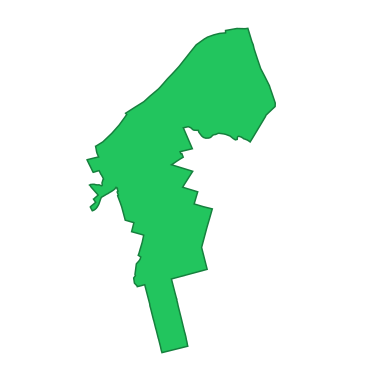 the district of Pietrosani, Teleorman, Romania, rotated 166°
{"feature_id": "2599482B72928006157347", "entity_name": "Pietrosani", "entity_type": "district", "adm_level": 2, "iso_a3": "ROU", "parent_name": "Romania", "parent_adm1": "Teleorman", "projection": "albers", "projection_center": [25.643, 43.732], "detail": "fine", "context": "isolated", "style": "filled", "palette": "green", "viewbox_px": 384, "rotation_deg": 166, "n_neighbors": 0, "source": "geoboundaries", "source_scale": "gbopen_adm2", "svg_char_len": 5075}
<svg xmlns="http://www.w3.org/2000/svg" viewBox="0 0 384 384"><g transform="rotate(166 192 192)"><path d="M97.1,315.7L97.1,316.2L97.0,320.1L97.5,323.5L98.2,337.3L101.0,337.6L108.9,339.8L120.4,340.6L120.9,338.3L123.1,338.6L126.8,339.2L132.8,339.2L139.7,338.5L140.2,338.3L143.0,337.5L152.3,333.8L159.8,328.1L167.3,322.3L174.4,316.8L182.9,311.2L188.2,307.9L197.4,301.5L199.6,300.1L209.8,295.1L215.9,291.8L216.8,291.3L226.7,288.1L237.4,284.5L236.6,282.9L246.6,274.5L255.5,268.4L266.4,262.2L274.3,259.7L274.5,259.7L274.5,259.2L274.6,257.1L274.8,254.8L274.8,253.9L274.8,253.0L274.7,252.0L274.5,250.9L274.1,248.6L278.2,248.7L286.0,248.7L286.0,248.1L285.9,247.8L285.5,245.9L285.1,243.9L284.7,242.2L284.2,239.9L283.7,237.4L283.3,235.5L283.1,235.0L282.1,235.0L278.6,235.2L277.0,235.2L276.4,232.7L276.3,231.8L275.6,230.0L275.3,228.6L275.2,228.5L275.0,227.4L275.0,227.2L274.7,225.9L275.0,225.7L275.5,225.4L275.7,225.1L275.9,224.7L276.3,223.9L276.6,223.5L277.0,222.9L277.1,222.6L277.2,222.1L277.3,221.5L277.3,221.1L277.4,220.6L277.5,220.4L277.6,220.2L277.8,220.0L278.0,219.9L278.4,220.0L278.6,220.0L278.8,220.2L279.3,220.6L279.8,221.0L280.2,221.3L280.4,221.4L280.6,221.5L280.8,221.5L281.7,221.7L282.1,221.8L282.7,222.0L283.0,222.1L283.6,222.4L284.1,222.6L284.4,222.8L284.9,223.1L285.2,223.2L286.3,223.5L286.7,223.5L287.4,223.6L288.1,223.8L288.4,223.8L288.6,223.8L289.7,223.5L289.4,223.1L289.3,222.9L289.1,222.5L289.0,221.9L288.6,221.0L288.5,220.8L287.9,219.6L285.9,215.8L285.1,214.3L284.0,212.1L283.8,211.8L283.8,211.7L284.2,211.5L286.3,210.4L286.6,210.3L288.5,209.3L288.6,209.2L289.2,208.9L289.3,208.9L289.3,208.7L289.2,208.5L289.0,208.2L288.7,207.2L287.9,205.4L288.0,205.3L288.6,205.0L290.1,204.2L291.6,203.5L291.8,203.4L293.9,202.4L294.0,202.3L294.1,202.2L294.3,202.1L294.3,201.9L294.1,201.3L293.9,200.2L293.6,199.2L293.4,198.1L293.3,197.9L292.8,197.9L292.7,198.0L291.6,198.1L290.2,198.6L289.3,199.1L288.9,199.3L288.5,199.6L288.2,199.9L287.5,200.4L287.5,200.5L287.4,200.5L287.2,200.7L286.6,201.4L285.9,202.1L285.4,202.7L285.3,202.8L284.7,203.7L284.4,204.1L284.3,204.4L284.2,204.5L283.8,205.1L283.5,205.5L283.3,205.8L283.0,206.4L282.9,206.5L282.5,207.1L282.2,207.5L281.9,207.9L281.6,208.4L281.3,208.6L281.2,208.7L281.0,208.8L280.9,208.9L280.3,209.0L280.1,209.1L279.0,209.4L278.4,209.6L277.3,209.9L276.7,210.1L276.2,210.3L275.7,210.4L274.9,210.6L273.9,210.8L273.4,211.0L273.2,211.1L272.2,211.4L271.6,211.6L271.3,211.7L270.8,211.8L270.2,212.0L269.8,212.1L269.0,212.4L268.9,212.5L268.2,212.7L267.7,212.9L266.9,213.3L266.3,213.5L266.0,213.7L266.0,213.8L264.6,214.9L263.8,213.6L263.6,213.8L263.5,213.6L263.9,213.3L263.8,212.7L263.6,210.8L263.6,210.6L263.7,210.4L263.9,210.3L264.4,210.3L264.6,210.2L264.6,209.8L264.2,206.8L264.3,206.7L264.5,206.6L265.0,206.5L265.0,205.5L264.8,204.0L264.2,198.8L263.8,194.3L263.8,193.4L263.7,187.8L263.6,180.8L255.8,176.3L260.2,168.1L251.2,163.0L249.6,162.0L249.3,161.8L252.4,155.4L256.4,148.6L258.3,145.3L259.5,143.6L257.4,141.4L258.6,139.3L260.2,137.9L262.3,136.5L263.4,135.7L265.7,129.8L267.3,125.8L267.1,124.6L269.4,122.7L269.9,117.5L268.1,114.3L268.0,113.4L263.7,113.4L260.3,113.5L260.3,110.6L260.2,101.4L260.1,93.9L260.3,92.2L260.4,91.1L260.3,89.8L260.3,87.9L260.3,85.3L260.3,82.4L260.3,80.0L260.3,77.5L260.2,76.3L260.2,74.7L260.2,72.4L260.2,69.5L260.2,68.5L260.1,66.5L260.1,66.3L260.1,63.7L260.1,62.2L260.1,59.8L260.1,58.4L260.0,57.3L260.0,56.1L260.0,54.0L260.0,52.9L260.0,51.2L260.0,49.4L260.1,47.0L260.1,45.4L260.0,44.2L260.0,43.4L258.6,43.4L257.3,43.4L256.5,43.4L255.8,43.4L254.4,43.4L253.8,43.4L253.6,43.4L252.6,43.4L251.1,43.4L248.8,43.4L248.1,43.4L246.7,43.4L246.0,43.4L244.3,43.4L243.2,43.4L241.2,43.4L239.7,43.4L238.8,43.4L237.7,43.4L235.5,43.4L234.0,43.4L233.4,43.4L233.4,44.5L233.4,45.2L233.3,46.3L233.2,47.9L233.2,50.0L233.1,51.4L233.0,53.1L233.0,53.7L233.0,55.0L233.0,56.7L233.0,57.1L233.1,57.3L233.0,71.6L233.0,71.9L233.0,72.1L233.0,73.4L233.0,75.6L233.0,78.3L233.0,80.4L233.0,82.7L233.0,85.2L232.9,87.1L232.9,90.1L232.9,90.6L232.9,91.0L232.7,91.4L232.6,91.6L232.6,91.8L232.7,92.0L232.8,92.2L232.9,98.3L233.0,112.6L196.0,113.3L196.1,135.9L186.2,153.8L181.4,162.0L176.4,170.7L184.7,175.1L192.8,179.9L189.0,186.4L186.4,190.8L190.4,193.2L195.8,196.4L199.9,198.9L197.2,201.6L191.2,207.3L186.3,211.9L188.9,213.5L194.7,217.0L201.5,221.1L205.3,223.4L202.9,224.2L199.8,225.4L195.1,227.0L192.1,227.9L192.6,231.8L193.6,231.8L193.9,234.0L181.2,233.9L184.9,256.4L179.8,256.3L177.7,254.7L176.1,252.3L175.4,251.7L174.5,251.3L171.0,250.3L170.9,248.4L169.1,244.1L167.7,242.2L165.6,240.9L162.6,240.3L160.7,240.5L158.0,242.1L157.0,242.3L155.2,242.1L152.4,242.6L151.5,242.4L147.2,240.7L145.4,239.8L141.5,237.1L139.0,233.8L137.3,232.1L135.4,232.1L134.7,234.1L134.1,234.7L133.2,234.8L130.9,233.4L129.3,231.7L129.0,231.2L128.9,231.1L127.8,230.5L125.5,228.8L124.7,227.9L124.1,227.3L123.8,227.0L123.7,226.8L123.5,226.5L120.7,229.2L119.5,230.4L102.4,247.5L101.8,248.5L98.9,250.2L94.5,252.7L90.7,254.8L90.3,256.1L89.7,258.2L90.7,270.3L91.0,273.3L91.2,276.5L93.5,286.8L95.5,295.1L96.3,304.7L97.1,315.7Z" fill="#22c55e" stroke="#15803d" stroke-width="1.5"/></g></svg>